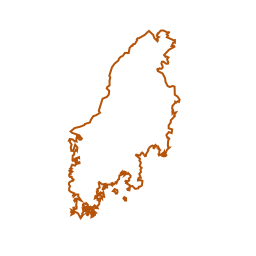 Kurigram, Rangpur, Bangladesh (Mercator projection), rotated 212°
{"feature_id": "16705992B97164497642406", "entity_name": "Kurigram", "entity_type": "district", "adm_level": 2, "iso_a3": "BGD", "parent_name": "Bangladesh", "parent_adm1": "Rangpur", "projection": "mercator", "projection_center": [89.627, 25.805], "detail": "fine", "context": "isolated", "style": "outline", "palette": "amber", "viewbox_px": 256, "rotation_deg": 212, "n_neighbors": 0, "source": "geoboundaries", "source_scale": "gbopen_adm2", "svg_char_len": 5745}
<svg xmlns="http://www.w3.org/2000/svg" viewBox="0 0 256 256"><g transform="rotate(212 128 128)"><path d="M143.5,231.5L145.1,230.0L149.8,229.4L151.9,227.9L152.7,221.9L152.1,220.9L152.4,222.0L151.5,221.1L150.0,221.4L150.7,219.4L150.4,218.7L149.2,218.4L149.0,217.2L153.3,218.2L156.0,220.3L161.7,221.4L163.2,215.7L166.3,209.9L167.4,209.2L167.4,207.7L166.8,207.4L166.7,202.9L168.0,201.8L167.7,200.2L168.4,200.1L169.1,196.9L167.2,191.9L170.4,190.1L170.6,186.3L171.9,184.5L172.4,181.8L171.9,180.2L173.5,175.4L173.8,171.1L171.5,162.3L169.8,161.5L168.7,158.2L166.2,154.4L167.3,151.8L167.0,150.3L163.7,149.6L162.0,146.2L162.4,143.2L165.1,139.3L161.9,127.1L159.8,126.1L162.0,121.6L163.7,119.7L163.8,115.0L163.2,112.6L166.7,108.5L166.5,107.5L169.2,103.8L173.1,99.8L174.9,94.7L172.7,94.3L165.4,96.0L164.6,95.7L165.3,95.0L161.6,94.7L161.7,93.2L162.8,92.4L166.8,93.8L165.7,92.4L166.3,92.0L165.4,90.3L164.4,89.3L166.0,88.5L168.7,89.0L171.6,87.8L171.4,86.1L170.6,86.6L170.6,85.8L167.0,84.0L166.4,81.4L163.9,78.6L162.8,79.3L162.8,81.2L163.9,85.8L160.5,84.6L159.4,82.1L160.2,82.6L160.6,82.1L160.3,80.6L160.9,79.2L159.5,76.8L160.3,75.4L158.0,71.2L157.4,71.0L156.6,74.0L154.1,77.3L153.5,76.5L154.8,76.2L154.8,74.9L156.5,72.0L154.8,71.5L154.1,73.4L153.5,73.0L153.6,72.0L151.8,71.9L151.1,73.2L150.5,72.6L151.7,71.0L153.5,70.2L152.9,69.3L153.0,68.0L155.9,67.3L155.8,66.0L155.2,66.1L155.7,65.9L155.1,64.1L155.4,63.3L154.1,63.5L155.1,60.7L154.1,60.2L152.9,61.6L152.1,61.6L153.1,58.5L152.2,58.1L153.1,57.3L152.5,56.2L151.5,55.7L149.7,56.6L148.6,55.4L146.8,55.5L146.6,54.4L148.7,51.6L148.9,50.3L148.2,48.8L146.3,48.0L146.2,46.4L144.9,43.9L142.7,43.5L139.0,44.1L138.8,41.7L138.3,42.0L137.8,41.2L136.8,44.2L134.9,45.2L134.0,43.6L129.1,41.6L134.2,40.9L135.1,39.9L132.9,39.0L130.6,34.2L129.9,34.2L128.9,32.3L130.0,31.2L131.5,32.0L132.8,30.9L131.4,31.6L130.3,30.3L130.1,27.9L131.2,28.8L132.3,28.6L131.1,28.0L131.9,27.3L131.7,26.6L130.7,27.0L130.0,24.5L128.7,26.7L128.6,28.9L125.1,29.1L120.4,26.4L120.2,28.7L120.8,29.1L120.0,30.8L121.4,31.0L121.6,33.7L123.9,36.0L122.9,36.4L123.3,37.2L122.2,37.2L120.7,36.0L120.5,34.7L119.6,34.7L119.2,35.6L120.2,36.0L119.0,36.2L119.1,37.5L121.5,38.8L121.8,37.9L123.8,38.5L125.0,38.1L125.7,39.3L125.0,40.8L123.9,40.9L123.7,42.2L121.4,41.6L121.2,40.3L120.0,40.4L121.1,39.4L120.1,38.3L118.6,39.4L118.3,40.6L117.8,40.0L118.2,38.7L116.0,39.3L115.0,38.3L114.9,39.3L116.4,39.4L116.4,40.1L115.5,39.8L115.5,41.2L117.3,41.3L115.3,42.8L114.9,43.5L115.5,43.8L115.3,44.7L114.6,44.6L114.8,43.7L113.9,44.1L113.1,43.0L111.2,43.9L112.6,44.7L112.1,48.1L113.6,51.2L114.0,50.8L114.6,51.5L114.6,52.0L113.4,52.0L114.0,53.4L114.8,53.2L115.8,51.0L117.5,52.9L118.8,50.8L119.6,53.2L116.1,56.0L114.2,56.1L113.8,54.9L112.6,54.5L113.3,55.5L112.1,55.8L113.3,55.8L113.1,56.8L111.8,57.1L114.9,60.4L115.1,58.8L116.8,58.9L116.1,56.8L117.7,57.6L118.3,55.7L119.6,56.0L120.9,57.8L120.0,58.3L120.3,59.1L121.6,59.8L120.4,62.4L123.9,66.2L123.7,66.9L119.9,66.5L117.3,68.8L116.6,68.0L116.9,67.2L115.3,67.2L114.8,66.1L114.2,66.5L115.9,68.8L112.7,71.0L111.4,70.9L112.6,72.5L112.0,73.2L110.3,72.4L109.5,74.4L109.9,75.3L109.6,75.8L108.5,75.3L109.1,78.9L108.5,80.0L110.1,83.0L109.5,84.0L110.2,85.9L109.9,87.4L109.5,86.7L108.1,86.8L108.0,85.9L107.4,86.7L108.1,86.9L108.3,89.0L106.4,89.3L105.9,86.3L105.1,88.5L104.0,88.8L104.0,89.9L100.4,88.9L99.8,87.5L100.5,85.6L99.1,84.3L99.7,83.0L101.9,82.1L101.9,81.5L101.3,81.5L100.4,80.2L98.8,80.3L100.0,80.3L99.6,81.1L98.0,80.2L96.3,80.4L95.7,79.5L93.5,81.1L89.7,80.2L87.3,82.3L87.7,83.9L86.5,84.9L85.8,86.7L87.7,90.8L89.5,90.6L91.8,88.8L92.1,89.4L91.3,89.7L92.3,90.2L92.4,91.5L90.8,92.6L94.1,95.0L93.7,97.6L95.4,99.3L95.3,101.4L97.9,101.9L98.8,105.5L101.1,106.4L101.5,108.3L106.8,109.1L106.8,109.8L103.3,111.0L103.3,114.2L102.8,114.8L98.6,113.1L98.0,113.8L98.8,115.4L98.8,119.7L99.5,120.2L99.3,123.8L97.9,126.1L96.4,126.1L95.9,124.6L95.2,124.6L95.1,125.7L96.1,126.0L95.7,128.2L93.5,127.5L92.9,128.3L90.9,127.0L89.9,127.3L90.9,126.4L89.1,126.3L89.4,125.5L87.8,122.5L88.2,121.9L87.2,121.2L85.2,123.5L84.3,122.5L82.6,122.9L81.3,124.1L81.1,125.3L82.1,125.6L82.1,124.7L83.5,124.0L84.3,125.3L85.2,125.0L84.8,126.0L85.4,126.7L84.4,126.0L84.5,126.7L84.0,126.1L82.8,126.8L83.4,129.9L82.5,133.4L83.6,132.8L85.0,134.4L87.2,138.5L87.4,140.7L88.7,140.4L88.8,141.2L90.2,141.1L91.7,142.4L91.2,146.2L88.3,146.8L89.8,150.2L93.3,149.3L94.9,151.7L94.7,155.5L95.8,157.2L94.6,163.0L95.7,163.3L95.6,166.7L97.2,165.1L98.2,165.6L98.2,164.2L99.4,165.8L99.2,167.1L100.9,167.9L102.0,170.3L101.4,174.2L101.9,175.3L100.6,175.1L100.0,177.0L98.6,177.1L99.3,179.5L102.7,180.9L105.9,181.0L110.4,187.7L112.4,187.3L114.3,184.9L116.5,184.6L120.5,186.9L123.0,189.9L127.6,192.6L132.8,192.1L134.1,193.1L134.2,193.7L133.2,193.9L133.0,195.2L131.1,195.8L130.6,197.2L131.0,198.4L133.8,200.3L134.3,202.1L133.3,203.0L129.5,202.8L128.2,203.8L128.4,204.7L131.4,207.2L131.1,209.3L133.7,208.9L133.9,208.3L136.1,209.0L134.7,216.1L131.7,221.5L132.6,222.0L134.5,220.7L134.9,224.5L133.4,225.2L134.8,227.4L135.9,226.6L143.2,225.6L143.0,227.6L144.9,228.0L143.5,231.5ZM113.9,35.5L111.0,36.2L110.5,37.9L111.5,37.7L110.3,39.1L113.5,39.5L113.7,40.1L113.9,39.4L114.7,39.5L113.0,38.4L114.4,37.4L113.9,35.5ZM105.5,67.1L103.5,65.9L102.7,66.5L102.8,67.8L104.1,69.6L107.0,69.1L107.3,66.5L105.5,67.1ZM92.0,64.9L91.2,65.5L92.4,67.5L94.5,67.4L94.6,65.9L92.0,64.9ZM95.3,75.3L93.8,75.9L94.8,77.9L94.6,79.0L96.3,75.8L95.3,75.3ZM117.5,65.3L117.0,62.5L116.8,62.5L115.6,64.3L116.1,65.5L117.5,65.3ZM117.8,33.6L116.1,34.4L116.5,36.2L115.1,35.8L117.1,37.0L117.0,35.1L117.8,33.6ZM112.7,35.3L111.8,33.0L110.8,34.4L112.7,35.3ZM135.2,39.2L135.2,38.0L134.5,37.6L134.3,38.5L135.2,39.2ZM116.7,32.6L115.1,32.8L116.8,33.1L116.7,32.6ZM109.5,37.4L110.4,36.8L110.3,36.2L109.5,37.4Z" fill="none" stroke="#b45309" stroke-width="2"/></g></svg>